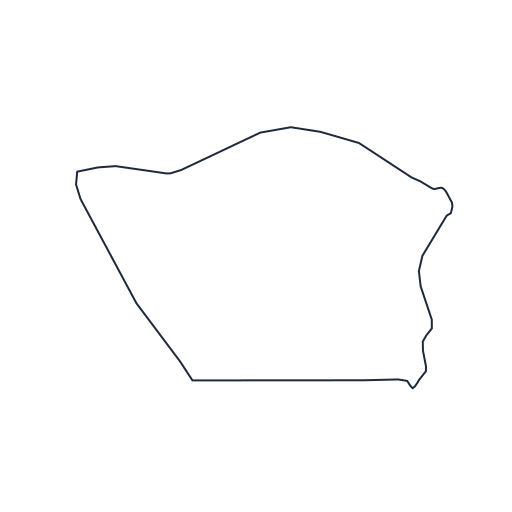 the Province of Karbala', rotated 16°
{"feature_id": "IRQ-3062", "entity_name": "Karbala'", "entity_type": "Province", "adm_level": 1, "iso_a3": "IRQ", "parent_name": "Iraq", "parent_adm1": "", "projection": "albers", "projection_center": [44.011, 32.497], "detail": "fine", "context": "isolated", "style": "outline", "palette": "slate", "viewbox_px": 512, "rotation_deg": 16, "n_neighbors": 0, "source": "natural_earth", "source_scale": "10m", "svg_char_len": 760}
<svg xmlns="http://www.w3.org/2000/svg" viewBox="0 0 512 512"><g transform="rotate(16 256 256)"><path d="M383.9,137.6L393.7,139.0L405.9,142.3L407.8,142.6L409.4,142.3L413.2,140.2L415.0,139.4L416.6,139.3L418.8,140.2L421.2,142.0L429.7,150.7L431.1,154.0L431.3,156.4L431.5,161.1L428.2,164.6L415.9,209.9L416.7,225.5L422.6,239.7L442.5,268.7L445.0,277.1L441.6,285.4L439.9,292.3L442.6,301.0L449.9,315.4L451.1,319.9L446.8,330.4L446.2,333.0L444.7,337.6L443.0,339.9L440.0,338.1L435.8,334.4L426.6,335.5L393.7,345.8L229.2,393.1L212.2,378.4L154.1,334.4L71.7,249.7L63.3,236.9L60.9,224.2L79.7,214.4L96.3,208.3L139.3,202.4L146.8,201.4L150.7,200.3L160.2,194.1L226.1,136.2L254.0,122.6L283.6,118.9L323.8,119.0L383.9,137.6Z" fill="none" stroke="#1e293b" stroke-width="2"/></g></svg>